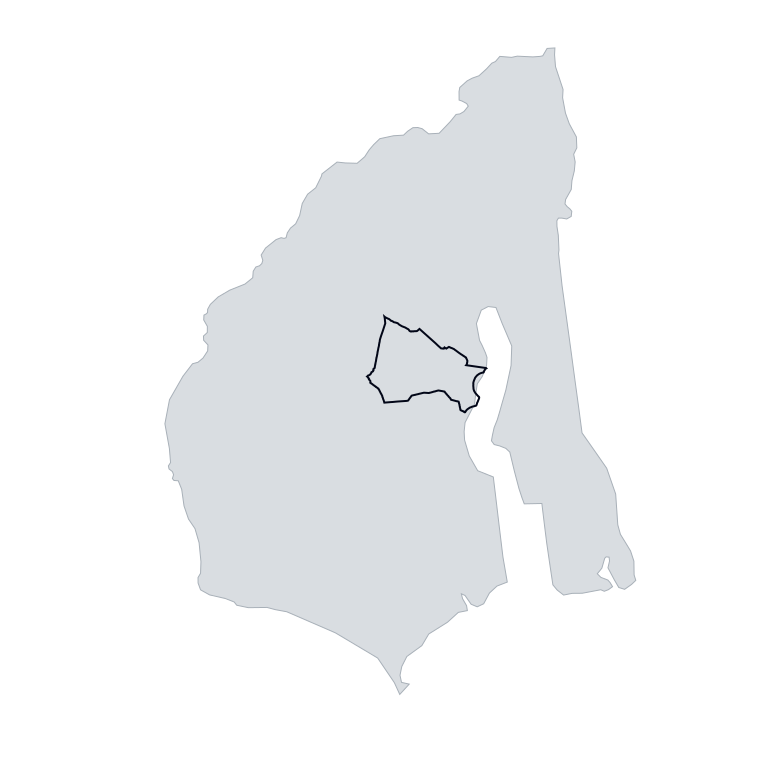 Koumpentoum, Tambacounda, Senegal (highlighted), rotated 262°
{"feature_id": "50182788B60464160168835", "entity_name": "Koumpentoum", "entity_type": "district", "adm_level": 2, "iso_a3": "SEN", "parent_name": "Senegal", "parent_adm1": "Tambacounda", "projection": "orthographic", "projection_center": [-14.431, 14.084], "detail": "fine", "context": "in_parent", "style": "outline", "palette": "ink", "viewbox_px": 768, "rotation_deg": 262, "n_neighbors": 0, "source": "geoboundaries", "source_scale": "gbopen_adm2", "svg_char_len": 8899}
<svg xmlns="http://www.w3.org/2000/svg" viewBox="0 0 768 768"><g transform="rotate(262 384 384)"><path d="M600.7,351.8L610.3,368.4L608.3,376.4L606.3,388.1L611.7,396.5L618.0,402.0L622.5,407.1L627.5,414.0L628.5,428.0L627.7,438.0L631.0,442.6L633.8,448.3L633.3,453.1L631.5,457.3L625.5,463.0L624.6,473.5L634.5,486.0L640.9,492.9L640.9,496.8L642.7,501.1L647.4,506.1L650.2,504.9L653.3,500.7L654.7,497.9L663.1,499.0L667.1,500.3L672.6,508.5L674.6,514.0L676.0,520.9L681.8,529.4L686.7,535.4L687.8,539.2L692.3,544.3L689.7,555.8L690.1,561.6L687.2,576.9L686.7,584.2L686.9,586.9L693.6,592.2L693.0,600.0L686.2,598.7L674.4,598.0L650.7,602.3L642.6,600.7L627.0,601.4L615.9,603.7L601.9,608.9L591.0,607.8L585.1,603.8L577.3,604.2L568.5,602.1L559.2,598.4L550.6,596.5L541.4,589.5L537.1,588.3L534.1,590.1L531.5,592.5L528.9,594.0L523.9,592.7L522.0,587.9L523.5,583.3L524.0,579.8L521.6,577.9L516.0,577.2L507.0,577.3L492.3,575.9L489.0,575.0L456.3,574.0L422.3,573.9L393.6,573.8L357.3,573.6L331.8,573.5L308.0,573.3L289.6,582.7L269.6,592.8L242.8,598.1L212.0,595.9L202.2,597.2L191.9,601.7L184.4,604.9L173.8,606.8L160.1,605.1L154.5,606.0L151.1,601.3L147.2,593.7L149.8,588.2L158.1,584.8L170.8,580.2L177.3,582.7L181.2,582.8L181.9,579.9L180.7,578.3L171.3,574.1L166.4,568.8L162.3,571.9L158.7,578.4L155.8,580.3L151.5,582.1L149.1,577.6L148.1,573.3L150.1,570.0L149.2,551.2L150.5,541.2L150.0,532.5L155.9,526.8L161.6,523.3L183.6,523.1L204.0,523.0L223.7,523.3L243.7,523.7L245.8,506.2L252.2,504.8L261.7,503.1L279.4,501.0L299.1,499.1L303.3,495.7L306.6,489.9L308.7,484.7L312.8,482.5L318.3,484.3L325.5,487.0L333.0,491.3L341.6,495.2L347.3,497.7L361.0,503.8L384.6,512.4L403.9,515.8L427.3,509.5L444.2,505.5L446.2,497.9L443.6,490.6L431.0,483.9L413.9,484.7L408.7,486.5L400.7,488.8L396.0,489.7L387.9,488.1L377.7,482.3L371.2,476.4L362.3,473.7L351.6,470.9L334.5,458.9L325.6,456.7L317.2,456.0L300.9,458.4L285.1,464.7L276.7,479.3L260.8,479.0L227.2,478.3L196.2,477.7L170.7,478.5L168.2,467.8L162.3,459.3L152.5,452.1L150.4,445.3L153.8,439.6L163.3,434.8L165.5,431.4L160.5,431.9L153.0,434.9L148.0,435.0L147.5,425.8L139.3,413.8L130.2,393.5L119.7,385.1L111.0,368.7L101.8,362.3L93.3,359.3L86.1,359.8L83.3,367.2L74.4,356.4L86.8,352.7L113.5,339.6L144.3,301.3L172.0,256.0L175.6,245.2L179.0,237.1L181.4,218.5L185.4,207.4L189.0,205.3L193.7,196.9L199.4,182.0L205.7,173.7L212.8,172.2L218.2,172.9L222.1,176.0L233.5,178.0L252.5,178.8L267.1,176.7L277.5,171.6L291.1,169.0L307.9,169.0L316.8,166.8L317.7,162.6L319.8,161.3L323.4,163.0L326.7,162.3L329.8,159.3L332.9,159.1L335.9,161.7L350.0,162.5L375.1,161.5L398.3,169.4L419.7,186.0L430.7,197.2L431.4,202.8L434.9,208.4L441.3,214.0L447.2,215.1L452.4,211.5L456.6,211.9L459.6,216.2L465.7,217.1L472.5,214.4L477.3,215.3L478.2,217.8L479.3,219.2L482.6,219.8L487.0,223.1L493.3,231.9L498.4,244.3L502.3,260.2L507.5,268.8L513.9,270.2L517.7,273.4L518.4,277.2L520.3,279.8L523.4,281.2L528.8,280.3L535.1,285.6L542.0,297.2L543.2,302.5L542.1,305.3L542.5,307.4L547.1,309.3L551.4,313.1L554.9,318.8L562.5,323.9L574.2,328.2L582.6,334.8L587.8,343.7L598.5,351.0L600.7,351.8Z" fill="#d9dde1" stroke="#a8b0b8" stroke-width="1"/><path d="M450.7,393.8L448.8,393.9L446.9,393.8L443.9,393.7L436.3,390.0L433.8,388.7L431.2,387.4L428.4,386.1L428.1,386.0L426.2,385.5L425.4,385.1L424.9,385.0L424.1,384.7L423.5,384.5L423.2,384.5L421.5,383.9L420.8,383.6L420.6,383.5L420.3,383.4L419.0,383.0L418.5,382.8L418.0,382.6L417.6,382.5L417.1,382.3L416.7,382.1L416.4,382.1L416.0,381.9L414.7,381.6L414.4,381.4L414.2,381.4L413.7,381.2L412.2,380.7L411.6,380.4L411.4,380.4L411.2,380.2L410.5,380.1L410.2,379.9L409.8,379.8L409.7,379.8L409.3,379.6L408.9,379.6L408.4,379.4L407.4,379.1L407.0,378.9L406.8,378.8L405.8,378.5L405.4,378.3L405.0,378.3L404.8,378.1L404.3,377.9L404.0,377.9L403.0,377.5L402.8,377.4L402.5,377.4L401.5,377.1L401.2,377.0L401.0,376.7L400.9,376.6L400.8,376.3L400.5,375.8L400.3,375.8L400.1,375.6L399.9,375.6L399.3,375.3L398.9,375.4L398.7,375.1L398.3,375.0L397.9,374.5L397.4,373.2L397.0,373.0L396.7,372.9L396.1,372.3L395.7,372.1L395.6,371.9L395.4,371.8L395.3,371.6L394.7,370.2L394.6,369.9L394.6,369.5L394.6,369.4L394.4,369.2L393.8,368.4L393.6,368.7L393.3,368.8L393.0,368.8L392.5,369.1L392.1,369.5L391.6,369.7L391.4,369.6L391.1,369.6L390.9,369.7L390.9,369.8L390.7,369.8L390.6,370.0L390.3,370.0L390.0,370.1L389.4,370.6L389.2,370.8L388.5,370.9L388.0,370.8L387.3,370.6L387.1,370.6L386.8,371.0L386.7,371.2L386.4,371.3L386.1,371.8L385.8,372.1L385.6,372.3L385.4,372.4L385.0,372.9L384.8,373.0L384.4,373.4L384.2,373.6L383.9,373.9L383.7,374.3L383.1,374.7L382.8,375.2L382.3,375.7L382.1,375.7L382.0,375.9L381.8,376.1L381.4,376.6L381.2,376.8L381.0,377.0L380.8,377.1L380.6,377.2L380.3,377.8L380.1,377.9L379.9,377.9L379.5,378.0L378.9,378.4L378.2,378.5L377.7,378.7L377.4,378.9L376.2,379.2L375.8,379.3L375.5,379.5L375.3,379.6L374.8,379.8L374.5,379.8L374.3,380.0L373.8,380.1L373.3,380.3L372.8,380.5L372.5,380.5L372.4,380.6L370.9,380.7L370.6,380.9L369.8,381.0L369.6,381.0L369.2,381.1L368.9,381.1L368.1,381.4L367.8,381.4L367.3,381.5L366.6,381.6L366.2,381.8L365.9,381.7L365.8,381.8L365.5,381.8L365.1,388.8L365.0,389.8L364.8,394.4L364.1,404.3L364.2,405.4L364.3,405.7L364.7,406.0L365.4,406.7L365.7,406.9L366.0,407.2L367.1,408.3L368.2,409.4L368.4,409.5L368.6,409.8L368.7,410.2L368.8,411.5L368.9,412.3L368.9,413.3L369.0,413.4L369.0,413.7L369.2,415.8L369.2,416.4L369.3,416.7L369.8,422.0L369.8,422.4L369.7,422.9L369.5,423.9L369.3,424.9L368.8,427.3L369.0,428.1L369.0,429.0L369.1,429.5L369.2,430.2L369.2,430.3L369.2,430.5L369.3,430.7L369.3,431.1L369.4,431.6L369.5,432.2L369.6,432.6L369.5,433.1L369.6,433.5L369.6,433.9L369.7,434.1L369.8,435.0L369.9,435.5L369.9,435.9L370.0,436.5L370.0,437.1L369.4,438.9L369.2,439.5L368.9,440.5L368.5,441.6L368.4,441.9L368.1,442.8L367.7,442.9L367.5,443.2L367.1,443.3L366.8,443.6L365.5,444.3L365.0,444.8L364.3,445.1L363.8,445.4L363.2,446.0L362.6,446.2L362.2,446.5L361.7,446.8L361.4,447.1L360.6,447.7L360.3,447.7L359.4,448.2L359.0,448.3L358.9,448.6L358.4,449.9L356.8,453.6L356.8,454.0L356.7,454.2L356.5,454.5L356.2,455.4L355.8,455.5L355.1,455.6L354.4,455.6L353.6,455.8L353.0,455.8L352.7,455.9L352.1,455.8L351.6,455.8L350.9,456.0L350.5,455.9L349.5,456.0L348.9,456.1L348.1,456.0L347.7,456.1L347.6,456.3L347.3,456.4L346.9,457.1L346.7,457.3L346.6,457.6L346.3,457.9L346.3,458.0L346.0,458.5L345.9,458.9L345.5,459.1L345.5,459.4L344.9,459.8L345.0,460.2L344.8,460.4L344.8,460.5L345.2,460.7L346.1,461.6L346.4,461.8L346.6,462.1L346.9,462.4L347.5,463.3L348.1,464.6L348.6,465.5L348.7,466.0L348.9,466.8L349.0,467.3L349.1,467.5L349.3,468.3L349.4,470.0L349.5,470.4L349.5,470.7L349.6,470.9L349.6,471.4L349.7,471.6L349.8,472.3L350.0,472.5L350.3,472.6L350.8,472.9L351.7,473.4L352.2,473.5L353.1,474.1L353.4,474.4L353.7,474.5L354.0,474.6L354.3,474.9L354.6,475.0L355.0,475.2L355.9,475.8L356.2,476.0L356.5,476.1L356.9,476.2L357.0,476.3L357.5,476.4L358.0,476.3L358.6,475.8L358.6,475.7L359.2,475.3L359.4,475.2L359.7,474.9L360.1,474.7L360.5,474.4L360.9,474.1L361.2,474.0L362.2,473.3L363.4,472.8L363.9,472.5L364.1,472.4L364.4,472.4L364.7,472.3L365.9,472.0L366.7,472.0L366.9,472.0L367.7,472.0L368.0,472.1L368.3,472.1L369.2,472.1L369.5,472.2L370.2,472.2L371.5,472.5L372.2,472.5L373.3,472.8L373.9,473.1L375.0,473.6L375.9,474.2L376.3,474.4L376.7,474.7L377.0,474.8L377.6,475.2L377.9,475.5L378.1,475.7L378.6,476.3L379.1,476.8L379.3,477.1L379.6,477.4L379.6,477.5L380.1,478.3L380.3,478.8L380.5,479.1L380.6,479.3L380.7,479.5L381.0,480.3L381.2,481.1L381.4,482.0L381.5,483.0L381.6,483.3L381.5,483.9L381.6,484.2L381.8,484.4L382.2,484.5L383.0,485.0L383.3,485.3L383.7,485.5L383.9,485.8L384.1,485.9L384.5,486.4L384.8,486.6L385.2,487.1L385.3,487.5L385.6,487.3L391.2,468.0L391.4,468.2L391.7,468.5L392.2,468.8L392.5,468.9L392.9,469.1L393.5,469.2L394.0,469.5L395.0,469.7L395.5,469.8L395.8,469.7L396.6,469.5L397.6,469.2L398.3,469.0L398.4,468.9L398.7,468.9L399.0,468.7L399.1,468.4L399.5,468.1L400.2,467.3L400.4,467.1L400.5,466.9L400.8,466.7L401.0,466.3L401.4,466.0L402.6,464.6L402.8,464.3L403.4,463.7L404.7,462.3L406.3,460.7L407.4,459.6L407.8,459.1L408.8,458.2L409.5,457.1L409.7,456.8L410.2,456.0L410.5,455.3L410.9,454.8L411.0,454.5L411.5,453.8L411.6,453.7L411.7,453.4L411.3,452.6L411.2,452.3L411.0,451.8L410.9,451.7L410.8,451.3L410.6,451.1L410.4,450.6L411.2,449.6L411.8,449.0L411.7,448.9L411.6,448.7L410.8,448.4L410.7,448.3L410.7,448.0L410.9,447.6L410.9,447.1L411.2,446.1L411.3,445.5L414.5,442.8L417.3,440.6L433.6,426.8L432.0,424.4L431.8,423.7L432.1,421.1L432.0,420.3L432.1,420.1L432.1,419.9L432.2,419.7L432.2,419.0L432.3,418.7L432.2,418.6L432.2,418.2L432.3,418.0L432.3,417.7L432.5,417.4L433.0,416.7L434.4,416.0L434.7,415.8L434.8,415.7L435.0,415.5L435.2,415.1L435.4,414.9L435.7,414.4L436.0,414.1L436.2,413.8L436.5,413.5L437.1,412.7L437.3,412.3L438.7,409.8L440.7,407.3L442.3,406.0L443.2,404.1L443.9,402.2L444.1,402.0L444.6,401.6L445.1,401.0L445.4,400.3L445.5,399.9L446.3,399.3L447.2,398.4L447.8,397.8L448.0,397.3L448.2,397.0L448.6,396.4L450.0,394.4L450.7,393.8Z" fill="none" stroke="#020617" stroke-width="2"/></g></svg>